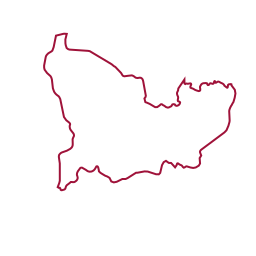 outline of Lacs, rotated 284°
{"feature_id": "CIV-3461", "entity_name": "Lacs", "entity_type": "Department", "adm_level": 1, "iso_a3": "CIV", "parent_name": "Ivory Coast", "parent_adm1": "", "projection": "orthographic", "projection_center": [-5.076, 6.892], "detail": "fine", "context": "isolated", "style": "outline", "palette": "rose", "viewbox_px": 256, "rotation_deg": 284, "n_neighbors": 0, "source": "natural_earth", "source_scale": "10m", "svg_char_len": 3870}
<svg xmlns="http://www.w3.org/2000/svg" viewBox="0 0 256 256"><g transform="rotate(284 128 128)"><path d="M188.7,171.0L184.9,172.0L184.6,172.5L184.5,173.0L185.0,173.4L185.3,174.0L185.4,175.4L185.7,176.1L186.1,176.9L186.4,178.0L186.1,178.5L185.5,178.8L183.2,178.5L182.3,178.8L182.1,179.4L181.9,181.6L181.2,183.9L181.0,185.6L180.9,187.6L181.3,188.5L182.0,188.9L182.8,188.8L183.5,188.6L184.9,188.0L185.7,187.9L187.9,188.5L188.8,189.1L189.6,190.1L190.4,192.5L190.5,193.7L190.0,194.2L189.5,194.4L189.0,195.1L189.2,195.8L189.8,196.2L190.5,196.4L191.3,197.0L191.4,197.9L191.3,199.3L191.6,200.0L192.2,200.3L193.9,200.4L194.4,200.6L194.4,201.1L193.9,201.5L193.1,202.0L193.2,202.4L194.7,203.9L194.9,204.6L194.8,205.6L194.4,206.8L194.0,209.0L193.5,210.2L192.9,210.9L192.4,211.3L191.1,214.2L191.2,214.7L191.8,214.9L193.4,214.7L194.1,214.7L194.7,215.2L195.1,216.1L195.5,217.2L195.4,217.8L194.4,218.1L190.9,222.4L187.5,223.9L183.2,224.2L178.6,224.0L177.2,223.5L176.4,223.3L175.1,223.0L174.4,222.7L172.2,222.2L170.1,222.0L168.9,222.1L159.9,224.8L158.5,225.0L154.5,224.9L149.6,224.1L147.0,222.6L124.4,204.1L123.1,203.6L122.2,203.6L121.6,203.9L119.0,205.7L116.1,204.8L111.0,206.5L108.6,205.8L106.1,203.3L105.0,200.9L104.8,198.1L105.0,194.2L104.5,193.3L103.6,192.6L103.0,191.7L103.5,190.6L104.3,189.7L104.7,189.0L105.0,187.1L105.8,184.9L105.4,184.3L103.5,184.1L101.2,183.2L103.1,180.4L104.5,178.3L104.0,176.0L105.3,172.8L103.5,170.9L100.2,170.0L92.2,170.1L90.5,169.1L89.9,166.3L90.0,165.3L90.0,165.1L90.5,157.7L89.9,154.6L88.4,151.3L86.8,147.8L86.5,146.6L79.3,139.7L77.9,138.0L77.1,134.8L73.1,130.1L71.8,127.4L72.1,124.7L75.1,122.2L75.9,119.7L76.2,117.3L77.5,113.1L77.9,112.0L78.9,110.3L80.4,109.7L82.2,108.8L82.8,108.4L83.3,107.8L83.4,107.2L83.0,106.6L80.1,105.8L79.4,105.4L78.8,105.1L78.2,104.6L77.5,103.9L76.8,102.8L76.3,101.2L76.3,100.1L76.4,99.2L77.2,97.2L78.4,93.0L78.2,92.1L77.7,91.4L73.8,89.8L72.7,89.6L71.8,89.5L70.4,89.7L69.7,90.0L69.2,90.4L68.6,90.7L67.9,91.1L67.1,91.3L66.4,91.3L65.4,91.1L64.5,90.7L63.3,89.8L62.5,88.9L62.1,87.4L62.0,86.5L61.8,85.6L60.1,84.4L57.6,82.4L56.5,82.0L55.5,81.9L54.7,81.9L53.9,81.8L53.2,81.4L52.7,80.8L51.7,79.0L51.5,78.3L51.7,77.7L52.5,77.2L53.1,76.8L53.5,76.2L53.2,75.4L53.6,74.1L57.9,74.6L60.3,74.6L77.1,70.4L83.2,67.9L84.2,67.7L85.3,67.7L86.6,68.3L87.6,69.0L88.3,69.8L91.2,74.2L93.8,77.0L94.7,77.6L95.5,78.1L96.5,78.4L97.6,78.5L98.9,78.3L103.6,77.0L104.5,77.0L107.3,77.5L108.3,77.2L109.4,76.5L112.1,73.0L113.3,71.9L115.1,71.1L116.2,70.9L117.3,71.0L118.2,70.7L119.0,69.7L120.6,66.2L123.2,63.2L139.6,55.3L141.2,54.0L142.1,52.9L142.4,52.0L143.3,50.1L143.9,49.2L144.6,48.3L145.4,47.5L146.4,46.8L148.4,45.5L156.7,42.4L158.5,41.3L159.6,40.2L161.8,36.1L164.4,33.0L166.1,32.1L168.3,31.5L177.0,31.0L178.1,31.1L179.3,31.5L181.2,32.6L183.9,35.3L184.8,35.9L188.5,36.3L200.2,35.8L203.8,42.6L204.1,43.5L204.5,45.8L198.8,45.8L195.0,46.8L193.2,47.6L190.8,49.1L190.1,50.6L189.9,52.1L193.2,70.6L193.3,72.3L185.9,96.7L184.6,99.4L184.2,100.9L179.7,108.0L177.8,109.9L177.4,110.6L177.3,111.3L177.3,112.0L178.7,115.5L180.0,119.0L179.9,119.9L179.7,120.9L178.7,123.2L178.7,124.2L178.8,125.2L179.7,127.3L179.8,128.4L179.4,129.5L178.9,130.2L178.3,130.7L177.1,131.4L163.6,137.5L162.5,137.5L161.9,137.4L160.7,136.8L157.4,138.5L157.2,139.2L157.2,139.9L156.6,143.3L154.8,149.3L155.4,151.4L156.2,152.0L157.4,153.1L158.9,154.1L159.2,154.9L159.1,155.6L158.7,156.3L158.3,158.0L157.5,159.8L157.4,161.6L157.8,162.6L159.6,164.7L160.6,165.1L161.5,165.3L161.9,165.9L162.2,166.6L162.2,167.3L162.1,167.9L161.6,168.2L161.3,168.6L161.3,170.0L162.1,171.2L162.9,171.9L163.8,172.3L164.5,172.4L165.3,172.4L165.8,172.0L166.0,171.3L166.0,170.6L166.1,170.1L166.6,169.7L167.4,169.5L169.2,169.4L170.0,169.2L170.6,168.9L171.7,168.0L172.4,167.6L173.0,167.3L173.8,167.1L174.5,167.1L176.6,167.5L177.3,167.4L178.0,167.3L178.6,167.3L188.7,171.0Z" fill="none" stroke="#9f1239" stroke-width="2"/></g></svg>